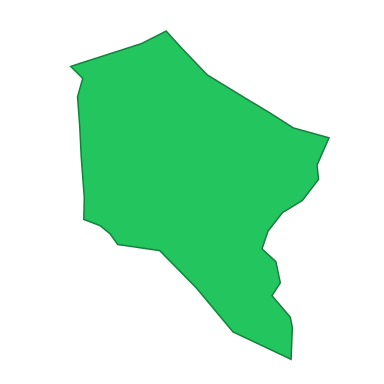 the district of Kanem, Kanem, Chad, rotated 95°
{"feature_id": "50815135B90270246712933", "entity_name": "Kanem", "entity_type": "district", "adm_level": 2, "iso_a3": "TCD", "parent_name": "Chad", "parent_adm1": "Kanem", "projection": "equal_earth", "projection_center": [15.3, 14.131], "detail": "fine", "context": "isolated", "style": "filled", "palette": "green", "viewbox_px": 384, "rotation_deg": 95, "n_neighbors": 0, "source": "geoboundaries", "source_scale": "gbopen_adm2", "svg_char_len": 630}
<svg xmlns="http://www.w3.org/2000/svg" viewBox="0 0 384 384"><g transform="rotate(95 192 192)"><path d="M350.1,78.7L318.2,80.2L308.1,83.2L288.3,103.3L274.8,96.1L254.0,102.4L242.6,117.3L224.4,112.9L204.6,100.0L190.8,81.3L168.3,67.0L154.4,69.8L126.1,60.2L119.3,96.7L106.1,121.9L93.4,148.0L74.0,187.0L49.9,214.5L33.9,231.8L48.5,255.2L59.0,280.1L73.3,314.1L74.4,316.6L77.5,323.8L88.3,310.8L107.2,314.3L136.2,309.6L166.8,305.4L207.1,298.8L216.3,298.2L228.8,297.4L233.5,280.7L240.8,270.0L250.8,261.4L253.2,219.1L287.0,179.5L312.7,154.0L327.8,139.0L331.5,129.0L350.1,78.7Z" fill="#22c55e" stroke="#15803d" stroke-width="1.5"/></g></svg>